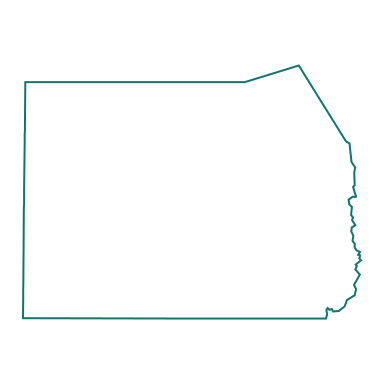 Tooele, Utah, United States of America (Robinson projection)
{"feature_id": "52423323B26439828706648", "entity_name": "Tooele", "entity_type": "district", "adm_level": 2, "iso_a3": "USA", "parent_name": "United States of America", "parent_adm1": "Utah", "projection": "robinson", "projection_center": [-112.693, 40.491], "detail": "fine", "context": "isolated", "style": "outline", "palette": "teal", "viewbox_px": 384, "rotation_deg": 0, "n_neighbors": 0, "source": "geoboundaries", "source_scale": "gbopen_adm2", "svg_char_len": 982}
<svg xmlns="http://www.w3.org/2000/svg" viewBox="0 0 384 384"><path d="M355.7,197.0L356.0,196.1L354.9,193.2L353.1,186.9L354.7,185.2L354.2,172.6L355.2,167.5L351.5,162.0L349.5,143.4L346.6,141.8L346.4,141.7L345.5,140.6L340.1,131.9L298.8,65.5L244.8,82.1L173.8,82.1L25.3,82.1L24.9,131.3L24.7,134.0L24.7,141.1L24.1,188.5L24.1,190.8L24.1,191.1L24.1,204.9L23.9,206.1L23.8,211.8L23.6,247.7L23.4,272.5L23.4,275.3L23.4,276.6L23.2,291.2L23.2,298.4L23.0,318.2L164.9,318.5L326.0,318.5L327.1,314.4L326.4,309.9L327.7,308.0L329.4,309.8L331.8,309.0L333.1,311.5L338.8,311.0L344.7,306.3L346.9,300.1L354.7,295.2L356.1,289.2L354.0,284.9L358.7,276.6L359.8,274.6L355.3,269.3L356.8,266.0L355.7,264.5L361.0,260.4L359.3,258.5L360.2,255.5L358.1,254.8L360.0,252.0L356.6,250.4L354.7,247.7L354.7,243.9L352.5,240.9L353.4,235.9L351.3,231.5L351.7,227.5L355.3,225.3L352.1,220.1L353.0,217.4L351.1,215.2L351.9,206.9L349.3,204.5L348.6,199.6L352.7,196.7L355.7,197.0Z" fill="none" stroke="#0f766e" stroke-width="2"/></svg>